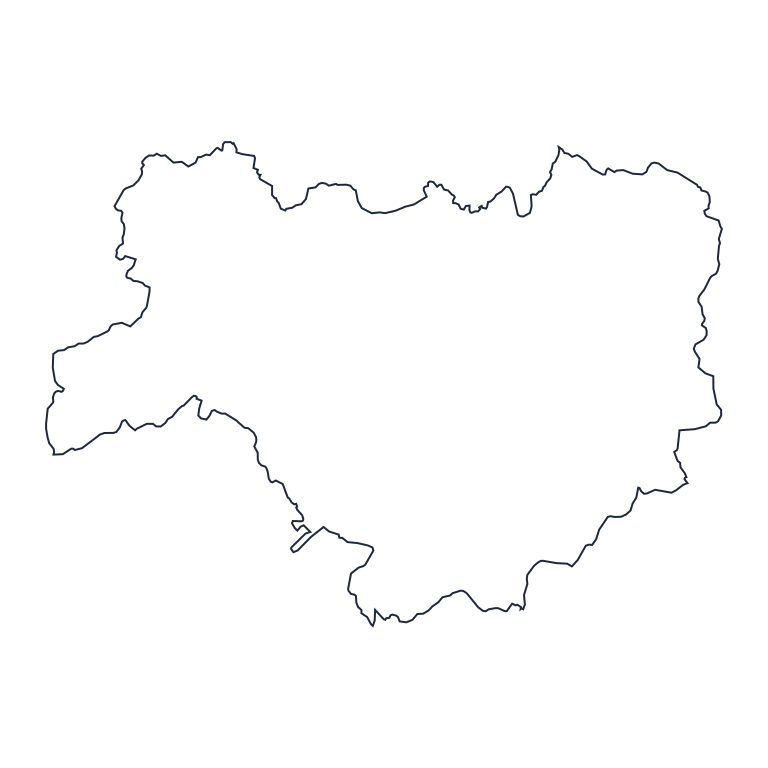 the district of Sakaraha, Atsimo-Andrefana, Madagascar
{"feature_id": "10022922B49716742274905", "entity_name": "Sakaraha", "entity_type": "district", "adm_level": 2, "iso_a3": "MDG", "parent_name": "Madagascar", "parent_adm1": "Atsimo-Andrefana", "projection": "natural_earth1", "projection_center": [44.417, -22.83], "detail": "fine", "context": "isolated", "style": "outline", "palette": "slate", "viewbox_px": 768, "rotation_deg": 0, "n_neighbors": 0, "source": "geoboundaries", "source_scale": "gbopen_adm2", "svg_char_len": 6092}
<svg xmlns="http://www.w3.org/2000/svg" viewBox="0 0 768 768"><path d="M721.9,228.8L720.5,226.7L718.6,220.5L706.5,216.2L704.8,213.6L704.3,210.8L708.7,208.4L708.5,206.1L709.8,201.8L709.4,196.4L707.9,193.0L706.2,191.7L701.3,190.4L700.4,187.5L698.0,186.8L697.0,184.8L677.5,172.6L667.2,170.1L658.6,163.5L654.4,162.6L651.3,163.5L648.0,167.7L646.4,171.8L642.5,174.4L632.6,173.7L623.3,170.1L616.6,170.6L614.4,172.1L608.2,168.4L606.4,170.1L605.2,174.4L602.8,174.6L591.9,168.7L586.8,161.6L579.0,156.0L577.0,155.1L572.3,156.9L568.4,153.8L564.5,153.0L562.3,149.5L558.7,147.0L559.3,149.7L558.5,155.0L555.4,161.6L552.8,163.6L551.6,169.4L550.0,172.1L551.4,174.8L550.2,178.4L546.7,182.2L544.9,186.0L543.5,186.9L542.0,190.7L539.0,191.7L536.2,194.8L532.6,194.2L530.9,195.0L531.6,206.5L529.9,212.9L523.5,216.5L520.2,216.2L517.9,214.9L513.0,193.7L509.8,187.7L507.5,186.8L506.0,186.8L501.7,191.4L496.3,194.8L493.9,198.5L490.5,201.5L488.1,202.0L487.0,207.1L485.9,208.6L482.1,207.7L481.6,205.9L479.2,207.5L480.1,209.2L478.1,211.3L474.9,211.4L471.8,212.8L470.4,212.4L469.4,210.1L469.6,205.6L465.9,206.0L463.8,209.6L460.7,208.8L458.6,204.5L455.7,203.2L453.2,203.1L453.1,200.5L454.8,197.2L453.7,195.5L451.8,194.5L448.0,190.4L444.1,189.6L441.3,184.7L439.4,184.8L437.2,186.8L433.5,182.2L431.0,181.5L429.4,181.6L428.1,182.9L428.0,186.0L424.9,186.8L423.8,188.1L423.8,190.3L426.7,196.7L413.9,204.5L405.5,206.6L395.6,210.7L385.2,213.1L379.6,212.4L371.7,213.2L361.8,208.1L357.9,201.2L355.8,190.4L353.4,189.3L350.4,185.7L346.4,184.7L337.5,184.9L336.0,183.9L328.8,185.7L326.0,183.7L322.0,182.9L318.9,183.9L315.5,187.4L308.4,188.5L305.9,199.1L301.4,204.2L295.9,205.3L292.4,207.7L286.3,208.8L285.4,210.5L280.8,208.7L278.7,202.9L277.3,201.5L276.0,198.1L274.6,198.1L272.1,195.1L272.1,186.0L260.1,179.2L259.3,177.2L260.5,174.8L258.5,174.7L257.0,172.2L257.9,169.8L253.5,168.0L255.0,158.1L254.1,155.9L242.4,154.2L236.4,152.3L236.6,149.1L233.6,143.2L232.8,143.8L230.7,142.1L224.7,142.2L223.1,144.0L222.3,150.4L221.4,150.6L217.8,148.0L216.4,148.3L209.8,155.2L206.3,154.6L200.6,157.1L198.0,157.1L195.6,162.6L188.3,166.5L181.8,161.8L173.5,162.6L165.2,155.3L161.0,155.9L156.7,153.7L153.8,155.6L149.1,155.5L145.6,157.7L142.3,161.6L142.2,163.2L143.9,165.0L141.2,168.8L142.1,171.3L141.8,174.4L138.5,180.3L133.4,185.4L125.6,188.5L123.6,190.2L114.5,206.3L116.0,208.9L118.0,210.4L121.2,210.8L122.5,212.7L121.3,218.4L121.6,221.1L123.8,224.0L124.5,228.2L123.8,234.2L122.5,237.7L123.0,243.6L119.4,245.8L117.5,248.5L116.4,250.6L117.0,252.7L116.0,256.7L120.0,259.7L123.3,258.7L125.2,256.1L135.7,259.3L133.7,265.4L131.8,267.9L127.9,270.9L126.3,275.1L126.4,276.7L127.5,277.9L130.7,278.5L133.3,280.9L137.6,281.3L142.7,283.0L144.9,285.6L149.6,287.4L149.5,291.7L147.0,305.5L146.2,307.8L142.5,312.2L140.8,317.3L138.3,318.7L130.3,326.4L121.8,322.8L112.7,324.5L110.6,326.3L108.7,330.4L107.4,331.4L97.9,336.1L93.8,336.9L87.5,341.9L83.6,343.5L78.7,343.5L74.7,346.2L68.2,347.3L64.0,350.1L58.1,350.7L53.3,353.9L52.8,367.7L55.0,380.9L57.8,384.9L63.8,388.8L63.1,390.7L61.6,391.8L58.0,390.9L55.8,391.7L54.2,393.5L52.9,397.4L53.3,401.4L52.6,403.2L47.7,408.7L46.1,423.6L46.1,428.7L47.5,437.0L49.2,443.2L53.6,448.8L54.1,451.9L53.5,454.6L62.8,454.2L71.2,448.7L73.2,448.7L74.9,450.0L82.0,448.2L100.1,434.5L104.3,433.0L113.6,432.9L116.3,432.0L119.8,427.4L122.1,421.4L123.8,420.4L125.4,420.1L129.4,425.7L135.1,430.3L136.7,428.8L146.8,423.8L153.1,423.9L156.0,426.4L160.7,426.5L165.2,423.1L168.0,419.0L172.1,416.8L178.4,409.1L182.2,405.9L183.7,405.6L192.1,397.0L193.7,395.8L195.5,395.9L196.7,397.0L196.6,398.8L201.6,400.6L199.2,408.6L198.3,415.5L201.1,418.4L206.4,419.6L209.6,415.6L211.9,410.9L214.6,410.0L217.1,411.8L221.8,413.6L225.2,413.6L236.1,420.3L244.4,427.7L248.3,428.2L253.8,432.8L256.0,437.1L256.3,439.3L256.2,441.9L254.3,446.5L257.7,452.7L257.8,459.6L258.9,462.8L261.3,465.3L265.2,466.6L266.2,467.8L267.6,471.2L268.8,478.7L270.8,481.8L272.3,482.4L275.8,480.5L282.7,484.0L287.7,497.4L289.3,498.6L291.5,502.3L294.2,504.3L296.2,503.8L297.1,506.5L296.2,507.5L297.3,509.9L302.1,515.1L303.3,518.6L303.0,520.6L301.6,521.3L292.8,521.0L292.0,523.2L292.5,524.1L294.7,527.9L297.3,530.6L300.7,526.6L303.7,525.3L310.3,532.0L305.5,533.6L291.3,547.5L291.1,549.0L293.4,552.2L297.6,550.5L311.0,536.9L323.6,527.0L329.1,531.5L338.7,534.6L339.3,537.7L342.3,537.9L347.6,542.1L357.7,543.1L368.1,545.5L372.5,547.5L373.4,550.5L365.3,564.7L363.2,566.2L358.6,567.6L351.0,573.6L348.1,589.0L348.6,590.9L351.0,593.9L354.6,594.7L355.9,595.9L356.4,602.9L358.0,606.9L361.5,610.1L361.4,613.2L367.2,617.1L370.9,624.1L372.8,625.9L374.7,620.5L375.1,609.9L383.6,619.1L385.3,619.8L386.3,618.2L389.4,617.8L390.5,615.3L392.4,614.6L396.4,615.7L398.0,617.1L399.7,621.4L406.4,622.3L412.3,619.9L417.4,614.0L423.1,613.7L428.6,610.5L432.5,606.3L438.3,602.3L442.4,597.3L450.0,595.5L452.6,593.2L460.4,590.7L463.3,590.9L466.8,593.3L478.2,607.3L483.0,610.9L485.8,611.2L488.7,609.3L495.7,608.1L498.2,608.2L505.0,611.2L506.8,611.1L512.1,603.7L515.6,605.3L517.4,604.8L521.0,607.1L520.6,609.2L521.8,608.4L523.2,609.2L524.9,604.4L524.0,595.1L527.4,584.0L526.8,578.7L527.3,575.0L533.8,566.1L537.8,562.6L540.7,560.9L543.0,560.8L556.4,563.1L567.3,563.7L571.9,566.4L577.7,560.0L585.8,545.7L589.1,544.6L592.1,545.0L596.1,539.3L599.2,529.6L607.8,516.9L610.6,516.2L614.9,517.0L621.3,516.7L626.2,514.4L630.6,510.4L632.6,503.5L636.3,497.7L638.2,487.7L639.5,488.0L641.2,491.3L643.9,493.7L646.9,493.5L655.1,489.8L671.5,492.7L676.1,490.3L683.0,484.9L687.5,483.1L684.5,479.2L684.8,477.9L686.4,477.2L685.0,473.5L680.5,467.3L680.1,462.8L677.7,461.1L674.2,452.0L676.9,450.1L677.6,448.5L679.5,430.3L694.7,429.2L705.8,426.3L710.1,422.7L715.5,422.7L718.0,421.3L721.2,415.4L721.1,409.8L716.7,404.4L713.4,388.5L713.3,376.2L705.3,373.3L698.4,367.4L699.5,358.9L694.7,351.4L693.8,348.6L695.5,344.4L703.6,339.7L706.5,335.4L706.7,331.6L705.9,328.1L701.8,325.3L702.1,323.8L704.3,320.9L704.8,318.2L702.6,314.4L701.6,306.7L698.5,302.0L698.3,298.6L699.3,296.0L704.3,289.5L710.2,277.8L711.7,276.1L716.0,273.7L717.6,270.8L719.3,264.2L717.8,258.9L719.0,245.9L720.0,243.2L718.8,239.0L721.9,228.8Z" fill="none" stroke="#1e293b" stroke-width="2"/></svg>